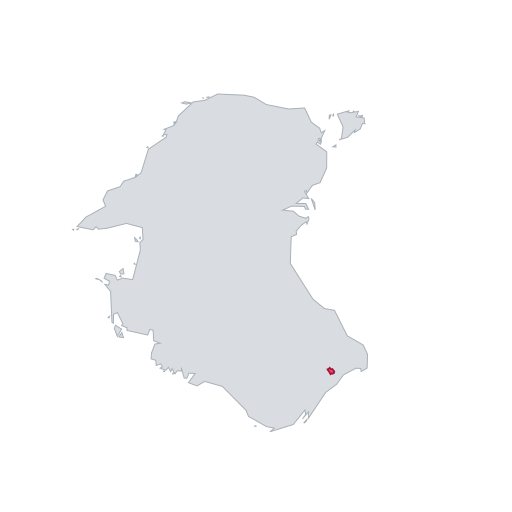 Wongan-Ballidu, Western Australia, Australia shown in context, rotated 242°
{"feature_id": "25037944B4040834169290", "entity_name": "Wongan-Ballidu", "entity_type": "district", "adm_level": 2, "iso_a3": "AUS", "parent_name": "Australia", "parent_adm1": "Western Australia", "projection": "albers", "projection_center": [116.851, -30.731], "detail": "fine", "context": "in_parent", "style": "filled", "palette": "rose", "viewbox_px": 512, "rotation_deg": 242, "n_neighbors": 0, "source": "geoboundaries", "source_scale": "gbopen_adm2", "svg_char_len": 5018}
<svg xmlns="http://www.w3.org/2000/svg" viewBox="0 0 512 512"><g transform="rotate(242 256 256)"><path d="M370.2,124.3L370.5,146.6L377.3,147.2L383.2,155.4L381.0,168.6L384.2,174.2L382.1,186.6L383.5,193.7L400.8,211.1L403.1,232.6L405.1,234.3L406.5,231.0L409.8,235.8L411.0,234.3L409.8,244.6L411.5,248.3L416.1,253.1L421.5,273.0L417.5,283.8L417.0,298.3L403.5,321.1L397.0,328.9L384.9,336.2L370.5,353.8L363.9,368.4L348.1,367.7L339.0,372.2L334.2,371.5L334.5,375.6L328.8,368.2L330.2,367.2L330.1,365.7L328.8,365.4L325.8,367.1L324.4,365.2L327.9,363.7L326.6,361.6L314.8,367.4L300.5,359.7L290.7,347.0L291.9,338.9L287.7,330.5L290.1,331.3L290.5,329.1L281.8,329.6L285.3,324.7L283.6,316.2L278.9,324.6L272.6,324.4L274.1,321.6L277.0,322.1L283.4,310.6L284.0,301.1L278.0,310.0L271.1,312.6L266.0,317.7L266.1,320.8L263.7,320.0L260.2,316.0L262.7,316.4L261.9,310.4L259.1,303.2L256.0,301.9L256.4,296.1L233.4,282.8L191.2,286.0L177.5,291.7L171.2,299.8L142.7,299.1L127.0,308.9L116.7,308.3L104.9,301.5L104.7,294.6L107.6,295.7L110.0,291.5L110.0,277.4L104.9,266.9L102.9,253.6L88.2,226.2L93.8,229.0L90.3,220.6L92.8,225.5L97.0,226.9L89.7,209.8L94.3,185.8L95.5,191.4L100.4,185.2L117.9,174.1L124.2,174.8L156.6,165.1L169.3,151.9L169.0,142.9L175.9,136.9L180.8,147.1L184.0,141.8L180.6,137.6L181.9,135.3L192.5,137.6L189.2,136.4L191.7,132.7L190.0,129.1L195.9,129.1L194.0,126.4L198.8,126.4L197.4,122.6L202.0,118.7L202.1,121.2L205.5,121.2L206.2,116.5L210.9,118.6L214.4,115.1L219.4,118.2L225.7,125.4L224.0,130.5L229.2,125.9L238.7,130.3L241.0,127.8L237.1,123.3L250.9,107.1L253.1,108.5L257.7,104.7L258.8,106.7L271.1,107.0L271.4,102.8L263.6,98.6L265.1,97.7L293.0,111.0L302.0,109.2L299.4,112.2L302.6,114.7L307.7,111.4L310.9,115.5L305.0,122.5L299.8,122.3L299.1,127.9L293.0,136.0L315.6,156.7L322.3,159.7L323.6,164.0L334.4,169.0L345.6,156.9L350.6,136.9L353.6,129.6L357.0,128.5L355.5,124.6L366.0,111.9L370.2,124.3ZM319.1,386.2L329.1,393.5L343.1,394.4L340.5,406.7L340.2,404.3L338.2,406.5L335.6,414.3L331.9,409.7L327.0,416.2L321.6,414.1L323.2,412.4L319.2,407.6L318.9,400.9L320.8,402.6L317.8,392.7L319.1,386.2ZM250.0,95.8L258.5,96.9L260.8,99.4L254.6,103.0L250.0,95.8ZM268.9,329.9L280.9,331.8L275.4,332.8L268.9,329.9ZM306.4,128.0L307.3,132.7L302.2,131.0L303.6,128.1L306.4,128.0ZM421.5,270.9L422.8,265.8L426.0,262.3L425.7,265.5L421.5,270.9ZM342.4,384.8L345.9,386.8L345.5,388.5L342.4,384.8ZM248.9,97.0L251.4,101.6L246.1,100.7L248.9,97.0ZM316.6,378.7L314.6,377.7L316.4,375.1L316.6,378.7ZM329.2,157.5L326.5,158.3L323.9,158.6L325.6,156.3L329.2,157.5ZM88.2,225.0L86.3,222.5L86.0,220.1L86.3,220.0L88.2,225.0ZM344.2,390.0L345.3,391.5L342.8,389.8L344.2,390.0ZM411.2,245.7L412.9,246.3L412.2,248.4L411.2,245.7ZM382.7,186.5L384.5,188.4L383.9,189.1L382.7,186.5ZM330.6,414.0L330.2,416.0L329.0,415.0L330.6,414.0ZM419.4,286.5L418.6,289.3L418.4,289.2L419.4,286.5ZM271.5,98.4L270.3,97.1L271.3,96.6L271.5,98.4ZM310.8,105.0L308.4,106.8L311.5,103.4L310.8,105.0ZM420.7,283.4L419.6,284.0L420.5,283.2L420.7,283.4ZM306.7,145.2L305.5,145.5L306.3,144.5L306.7,145.2ZM302.3,127.2L300.9,127.2L302.0,126.0L302.3,127.2ZM106.6,174.4L106.2,176.2L105.6,176.1L106.6,174.4ZM363.8,110.3L363.4,111.8L363.0,110.6L363.8,110.3ZM328.6,366.1L328.6,367.1L328.3,366.7L328.6,366.1ZM307.7,107.3L304.7,108.3L307.9,106.9L307.7,107.3ZM197.8,120.4L196.7,121.4L197.4,120.2L197.8,120.4ZM331.8,412.8L331.0,413.0L331.6,412.4L331.8,412.8ZM327.0,162.5L325.5,162.1L326.5,161.4L327.0,162.5ZM191.7,128.0L190.9,128.5L190.9,127.1L191.7,128.0ZM338.2,410.2L337.1,410.5L337.7,409.5L338.2,410.2ZM365.6,106.6L365.2,107.6L364.5,106.9L365.6,106.6ZM327.7,367.2L328.5,368.3L326.9,367.7L327.7,367.2ZM403.3,211.7L402.3,211.5L403.0,210.5L403.3,211.7ZM405.8,230.6L405.3,230.5L405.9,229.7L405.8,230.6ZM319.9,384.8L319.5,385.5L319.4,384.5L319.9,384.8Z" fill="#d9dde1" stroke="#a8b0b8" stroke-width="1"/><path d="M116.5,266.3L116.5,266.5L116.5,267.1L116.7,267.3L116.7,267.5L116.7,267.8L116.8,268.1L116.5,268.2L116.4,268.2L116.1,268.3L116.0,268.5L116.0,268.8L116.0,269.0L115.9,269.2L115.9,269.3L115.9,269.5L116.0,269.5L116.1,269.8L116.4,269.8L116.5,269.8L116.7,270.4L116.7,270.5L117.0,270.5L117.1,270.8L117.2,271.0L117.3,271.0L117.5,271.0L117.7,270.9L117.8,270.9L117.9,270.7L118.0,270.7L118.0,270.8L118.3,270.9L118.5,270.8L118.6,270.7L118.8,270.7L119.0,270.6L119.3,270.6L119.6,270.6L119.9,270.5L120.0,270.5L120.0,270.4L120.2,270.2L120.3,270.2L120.5,270.2L120.5,269.9L120.5,269.6L120.7,269.3L120.7,269.2L120.8,269.0L121.0,269.0L121.3,269.0L121.5,269.0L121.8,269.0L122.1,269.0L122.3,268.7L122.4,268.3L122.4,268.1L122.5,268.1L122.4,268.0L122.4,267.9L122.4,267.7L122.4,267.3L122.4,266.9L122.4,266.6L122.4,266.4L122.3,266.2L122.4,265.9L122.1,265.9L121.9,265.8L121.8,265.7L121.7,265.7L121.5,265.8L121.6,266.0L121.3,266.1L121.2,266.0L120.9,266.0L120.7,266.0L120.3,266.1L120.1,266.0L119.9,266.1L119.7,266.1L119.4,266.1L119.3,266.3L119.2,266.3L118.9,266.3L118.7,266.3L118.4,266.3L118.2,266.3L118.1,266.2L117.9,266.2L117.7,266.2L117.4,266.2L117.2,266.2L116.8,266.2L116.7,266.2L116.6,266.3L116.5,266.3Z" fill="#f43f5e" stroke="#9f1239" stroke-width="1.5"/></g></svg>